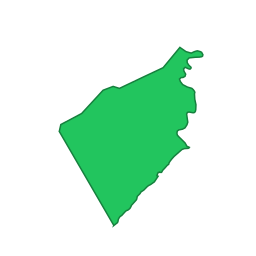 Jefferson, West Virginia, United States of America (Albers equal-area conic projection), rotated 20°
{"feature_id": "52423323B80125448855540", "entity_name": "Jefferson", "entity_type": "district", "adm_level": 2, "iso_a3": "USA", "parent_name": "United States of America", "parent_adm1": "West Virginia", "projection": "albers", "projection_center": [-77.789, 39.316], "detail": "fine", "context": "isolated", "style": "filled", "palette": "green", "viewbox_px": 256, "rotation_deg": 20, "n_neighbors": 0, "source": "geoboundaries", "source_scale": "gbopen_adm2", "svg_char_len": 1598}
<svg xmlns="http://www.w3.org/2000/svg" viewBox="0 0 256 256"><g transform="rotate(20 128 128)"><path d="M148.0,224.4L148.0,224.5L150.5,220.5L150.5,219.0L150.2,217.6L150.2,216.4L150.8,213.9L152.0,212.4L154.1,207.3L154.9,206.0L155.8,205.4L157.1,203.4L157.4,202.5L157.7,200.5L157.6,199.7L160.4,192.7L160.5,191.9L160.1,189.1L160.3,188.6L161.7,185.6L162.1,183.6L164.1,180.9L166.2,176.3L167.2,174.8L168.5,173.5L171.2,169.6L171.4,168.8L172.8,163.0L171.5,163.0L171.4,162.8L171.5,159.9L171.6,159.5L172.1,159.3L172.6,158.6L173.2,158.8L174.7,158.2L175.1,155.8L175.3,155.4L176.3,153.1L176.5,152.6L177.6,149.7L177.8,149.4L178.6,148.3L178.6,147.9L178.5,146.7L178.8,145.1L179.8,142.0L181.0,139.0L186.0,129.8L188.0,128.1L191.4,126.6L192.1,126.0L192.3,125.2L189.6,125.0L186.7,122.5L178.6,118.8L176.8,117.8L175.7,116.1L175.4,114.0L176.3,112.5L179.7,110.4L181.5,108.4L182.3,104.9L182.2,102.1L178.5,95.2L178.3,94.5L178.5,93.2L179.0,92.6L180.0,92.1L183.6,91.5L184.7,91.1L185.4,90.2L185.6,89.2L185.4,87.6L183.9,82.9L180.9,78.1L178.8,73.2L178.6,71.6L177.9,70.8L176.3,69.7L174.4,68.9L169.8,69.2L164.5,68.5L161.4,66.5L159.6,64.4L160.6,62.5L162.4,61.7L163.9,60.0L163.8,57.7L161.1,55.4L160.0,53.3L161.0,51.4L164.6,51.7L166.1,51.5L166.7,50.5L166.5,49.4L163.7,48.2L161.3,46.4L160.3,44.0L161.5,41.2L167.1,38.5L171.0,36.9L172.9,35.8L173.5,34.9L173.3,33.5L171.3,31.7L169.9,31.5L167.0,31.7L165.9,32.3L164.1,33.7L161.8,36.0L156.4,36.4L149.5,34.6L149.2,34.5L140.4,59.3L124.9,74.9L106.4,93.7L99.8,94.0L91.7,101.0L79.5,130.2L63.7,147.7L64.6,154.8L64.8,154.9L148.0,224.4Z" fill="#22c55e" stroke="#15803d" stroke-width="1.5"/></g></svg>